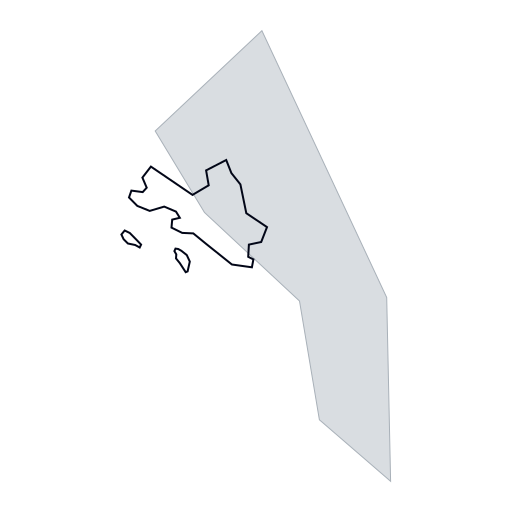 Seychelles, with Port Glaud highlighted
{"feature_id": "SYC-5218", "entity_name": "Port Glaud", "entity_type": "state/province", "adm_level": 1, "iso_a3": "SYC", "parent_name": "Seychelles", "parent_adm1": "", "projection": "equal_earth", "projection_center": [55.401, -4.652], "detail": "fine", "context": "in_parent", "style": "outline", "palette": "ink", "viewbox_px": 512, "rotation_deg": 0, "n_neighbors": 0, "source": "natural_earth", "source_scale": "10m", "svg_char_len": 934}
<svg xmlns="http://www.w3.org/2000/svg" viewBox="0 0 512 512"><path d="M386.7,297.5L390.6,481.3L319.4,419.8L299.5,301.0L204.5,212.5L155.2,131.0L261.9,30.7L386.7,297.5Z" fill="#d9dde1" stroke="#a8b0b8" stroke-width="1"/><path d="M251.9,267.3L231.9,264.5L206.4,244.1L193.3,233.4L182.2,232.9L171.5,227.6L172.2,219.6L179.8,217.8L176.0,211.6L164.2,206.6L149.7,210.9L137.3,205.9L129.0,197.5L131.4,190.6L142.7,192.1L146.7,187.7L142.4,177.6L150.9,166.6L192.5,194.9L208.7,185.3L206.1,170.4L226.2,160.0L231.4,173.1L240.4,184.4L246.3,213.2L267.0,227.1L261.2,242.0L248.9,244.6L248.2,256.8L253.4,259.4L251.9,267.3ZM178.2,249.0L181.4,250.8L186.8,255.1L189.8,261.6L188.4,267.8L187.6,271.4L185.7,272.2L179.8,263.1L176.0,258.4L176.3,254.4L174.4,251.1L175.5,248.6L178.2,249.0ZM124.7,230.5L129.8,233.0L136.2,239.5L141.1,244.6L139.7,247.5L135.2,245.0L127.9,243.5L123.6,239.2L121.4,234.5L124.7,230.5Z" fill="none" stroke="#020617" stroke-width="2"/></svg>